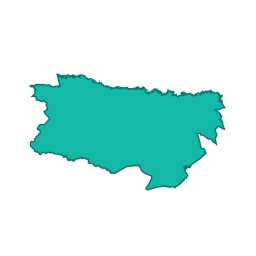 the district of Palenque, Los Rios, Ecuador, rotated 76°
{"feature_id": "8360857B53847682680021", "entity_name": "Palenque", "entity_type": "district", "adm_level": 2, "iso_a3": "ECU", "parent_name": "Ecuador", "parent_adm1": "Los Rios", "projection": "equal_earth", "projection_center": [-79.734, -1.333], "detail": "fine", "context": "isolated", "style": "filled", "palette": "teal", "viewbox_px": 256, "rotation_deg": 76, "n_neighbors": 0, "source": "geoboundaries", "source_scale": "gbopen_adm2", "svg_char_len": 5777}
<svg xmlns="http://www.w3.org/2000/svg" viewBox="0 0 256 256"><g transform="rotate(76 128 128)"><path d="M58.8,183.7L71.1,183.8L70.4,185.1L70.3,185.8L70.9,186.2L70.2,187.4L70.0,190.1L69.2,192.6L68.1,193.1L67.1,194.3L66.9,196.4L65.4,199.2L65.4,201.2L64.7,202.2L64.6,204.1L63.7,206.3L63.7,207.6L64.4,208.6L63.4,211.0L63.5,212.6L64.5,212.2L64.4,211.0L64.8,210.0L65.8,209.9L66.4,209.1L67.2,209.4L68.6,208.4L69.3,209.4L72.2,209.9L74.1,213.1L74.6,211.1L75.8,209.7L76.6,209.4L77.8,210.2L79.0,209.5L80.1,206.9L81.4,205.5L81.5,204.6L81.0,203.4L81.1,202.9L82.6,202.3L84.0,200.5L86.1,201.8L88.8,201.4L90.0,202.0L90.7,201.6L91.6,205.3L94.1,204.9L97.9,202.5L100.2,201.8L104.5,208.3L103.6,211.4L103.7,213.3L104.7,213.6L104.9,214.4L106.3,215.9L107.3,216.0L109.1,214.2L110.1,213.8L112.1,214.6L112.1,215.8L113.0,216.4L114.4,219.2L115.4,219.8L116.0,221.2L117.6,221.1L118.3,221.9L118.4,223.7L117.8,225.1L118.3,225.8L119.6,226.5L122.1,226.8L126.8,223.7L128.2,224.1L130.1,220.6L131.8,220.3L132.5,219.5L132.4,218.8L131.0,216.8L131.2,215.8L132.8,213.8L132.2,211.9L132.3,210.6L133.0,209.9L133.7,207.9L133.6,207.0L134.9,206.1L136.1,202.9L136.9,202.0L137.4,199.7L139.4,197.7L140.7,197.6L140.9,196.6L140.0,195.1L140.5,195.0L140.7,195.5L141.3,194.7L143.2,194.0L144.5,194.2L145.1,193.4L144.6,191.9L145.3,191.8L145.3,189.8L146.5,189.5L146.8,188.1L145.3,186.7L145.6,185.6L145.3,184.9L145.9,183.7L145.3,181.3L146.2,180.2L146.6,177.5L148.4,175.4L148.6,173.8L149.3,173.7L149.9,174.3L150.6,173.8L152.1,174.9L153.0,173.8L153.7,171.1L154.4,170.4L155.1,170.6L156.0,169.4L157.2,169.4L157.1,168.4L157.6,166.9L157.3,165.9L158.0,164.8L159.2,164.4L159.7,163.4L161.0,162.7L160.8,161.3L161.2,160.6L160.9,160.2L162.2,159.7L162.9,158.3L163.7,158.6L164.3,157.8L164.2,157.1L164.8,156.9L165.2,156.0L166.3,155.5L167.1,156.0L167.6,155.7L168.0,153.3L168.8,152.1L165.0,138.1L165.6,135.5L166.1,130.1L167.1,126.8L167.5,126.2L172.9,125.0L175.7,122.9L179.7,117.4L180.7,116.8L182.6,117.2L186.5,120.3L190.6,124.9L191.6,125.1L192.4,124.4L192.8,123.2L192.3,114.4L192.9,108.0L193.8,105.7L193.6,104.7L194.8,103.7L194.9,102.9L195.6,102.1L195.4,100.9L195.7,98.3L197.1,97.1L197.2,96.3L196.4,95.8L196.0,94.1L194.2,89.9L192.4,87.4L192.4,86.5L191.7,86.7L190.8,85.2L190.7,83.8L188.8,81.7L185.8,82.0L184.1,83.8L182.9,82.7L182.2,82.8L182.0,82.2L180.2,83.2L179.3,82.9L178.9,80.7L180.1,81.4L180.1,80.3L181.1,80.9L181.1,80.1L180.2,79.2L180.6,79.0L180.3,78.7L180.3,77.8L180.9,78.3L181.0,77.5L179.7,76.4L177.5,72.6L177.4,71.6L176.9,71.3L176.9,70.3L176.4,69.8L175.9,67.1L171.3,58.5L167.2,58.9L166.3,59.6L166.1,60.9L164.8,62.0L163.4,62.2L161.8,61.7L151.0,62.1L150.0,61.8L150.5,59.2L152.2,59.2L153.2,56.6L157.4,53.5L158.2,52.5L158.5,50.4L158.9,49.8L162.4,48.7L163.3,47.2L164.8,46.2L159.5,46.1L156.4,43.6L154.5,43.5L151.8,44.3L149.7,43.2L149.8,42.5L148.8,41.4L148.3,39.7L149.9,37.6L151.3,36.7L152.3,34.8L147.6,35.3L145.1,34.9L144.5,35.6L143.1,35.2L141.7,37.2L140.8,35.3L139.0,34.3L137.9,35.4L136.5,35.2L134.1,36.7L131.4,39.2L131.6,35.9L132.2,35.1L131.2,32.2L131.6,29.2L127.4,30.8L125.2,30.4L125.6,31.5L125.0,31.6L124.3,32.7L123.7,31.0L123.4,31.9L123.0,31.6L122.5,32.5L121.7,32.0L121.4,30.7L120.8,30.4L121.0,31.7L120.6,32.2L120.0,29.6L119.7,30.0L119.2,29.3L119.1,30.4L118.3,31.7L117.3,31.1L116.5,32.5L115.8,32.1L115.1,32.8L115.5,34.3L114.5,35.9L114.5,36.7L113.6,36.8L113.2,37.7L113.9,39.2L111.6,38.5L111.9,40.5L112.3,40.9L111.6,41.4L111.5,42.3L111.8,42.4L111.3,43.7L112.4,43.6L111.4,44.8L111.5,46.4L112.5,46.4L111.7,47.1L111.8,48.0L110.9,47.6L111.6,48.8L113.1,49.6L111.1,51.0L111.1,51.6L111.5,52.6L112.1,52.1L111.4,53.9L112.5,53.6L112.1,55.2L113.0,55.7L112.6,56.6L111.5,57.2L111.8,57.7L111.4,58.3L109.6,58.9L109.8,60.8L108.9,63.0L109.7,64.1L109.5,65.8L109.8,67.1L108.6,66.9L108.5,66.3L109.1,65.9L108.8,65.4L107.6,66.1L108.4,64.6L108.2,64.3L107.6,64.3L106.7,65.5L106.9,67.5L107.7,67.1L108.9,68.6L109.0,71.0L109.8,71.6L108.5,73.4L107.2,73.2L107.2,73.9L106.6,74.4L107.0,75.1L106.7,75.6L107.3,76.4L106.8,76.3L106.4,77.0L104.7,75.4L104.7,76.4L104.2,76.9L103.7,75.6L103.3,76.6L103.3,77.8L102.4,77.8L102.3,79.1L101.0,80.0L102.4,80.6L103.0,81.9L103.4,80.9L104.2,81.3L104.1,83.5L104.6,85.2L104.3,85.6L104.2,85.1L103.3,85.0L103.5,85.9L104.4,86.6L104.2,87.2L102.8,87.9L101.8,86.9L101.6,88.0L101.3,87.4L100.1,88.0L100.4,90.1L99.4,89.2L98.8,91.3L97.9,90.5L98.0,92.5L97.0,91.8L96.6,92.2L97.4,94.7L98.2,94.9L98.0,96.1L99.1,95.5L98.7,97.6L99.5,99.5L98.1,99.3L98.3,100.3L99.0,100.7L96.7,102.3L95.8,102.0L95.8,100.8L94.5,102.2L92.9,102.3L93.1,103.5L92.1,103.4L92.8,105.5L94.2,104.6L94.4,105.2L93.3,106.0L93.4,106.9L92.2,107.0L92.2,108.0L91.1,107.8L90.5,109.4L90.7,109.8L91.3,109.5L91.1,111.0L92.4,109.9L92.5,110.8L91.0,112.1L91.4,114.2L90.6,115.0L90.9,116.2L90.2,117.0L90.5,117.5L90.1,118.0L90.4,118.5L90.2,119.0L89.0,120.4L88.5,119.4L88.0,123.0L87.5,123.7L88.2,124.9L87.0,125.2L86.7,125.9L87.5,126.7L87.4,127.7L86.5,128.2L85.7,127.5L85.3,129.6L86.3,130.2L85.5,131.1L86.2,132.2L84.8,134.1L86.0,135.2L84.1,135.7L83.6,137.1L82.8,136.9L82.8,138.2L82.4,138.8L83.4,139.1L82.9,139.6L82.0,139.4L81.2,141.7L80.0,141.8L79.1,143.4L77.9,143.0L77.9,144.5L76.7,144.7L77.5,145.8L76.8,147.8L75.9,147.8L75.9,149.1L74.5,148.7L74.4,149.5L75.0,150.7L73.7,151.1L73.1,150.1L72.6,151.1L72.0,151.0L71.2,152.6L71.3,154.0L70.2,156.0L69.3,156.0L68.9,157.6L67.4,157.1L66.6,157.9L66.3,159.2L65.7,159.6L66.2,161.5L65.1,161.1L65.1,162.5L65.5,163.4L66.7,162.9L65.2,164.9L66.0,166.5L65.6,167.0L66.1,167.7L65.6,169.1L65.2,169.3L64.1,167.3L63.3,168.6L63.8,169.6L63.6,170.2L64.3,172.2L63.0,171.9L61.8,173.9L63.2,174.7L61.9,176.5L63.1,176.4L63.6,175.2L65.0,175.2L65.1,176.2L64.2,177.5L62.9,178.1L63.2,180.1L62.4,179.8L61.9,179.1L62.0,178.3L61.5,178.2L61.3,179.0L61.9,180.8L60.6,180.8L60.7,181.6L61.2,181.8L61.0,182.4L60.3,182.8L59.4,182.2L58.8,183.7Z" fill="#14b8a6" stroke="#0f766e" stroke-width="1.5"/></g></svg>